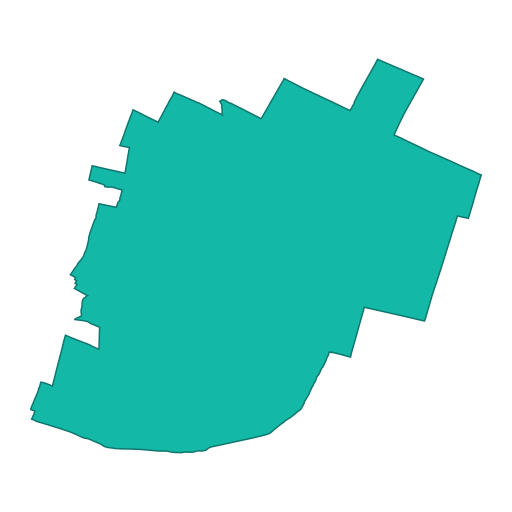 outline of Castranova, Dolj, Romania
{"feature_id": "2599482B20285682712903", "entity_name": "Castranova", "entity_type": "district", "adm_level": 2, "iso_a3": "ROU", "parent_name": "Romania", "parent_adm1": "Dolj", "projection": "equal_earth", "projection_center": [24.0, 44.125], "detail": "fine", "context": "isolated", "style": "filled", "palette": "teal", "viewbox_px": 512, "rotation_deg": 0, "n_neighbors": 0, "source": "geoboundaries", "source_scale": "gbopen_adm2", "svg_char_len": 5850}
<svg xmlns="http://www.w3.org/2000/svg" viewBox="0 0 512 512"><path d="M474.2,198.4L475.7,193.4L477.0,188.8L477.6,187.3L479.0,182.7L480.1,178.6L481.2,175.2L481.3,175.0L478.6,173.9L473.9,171.6L470.7,170.1L467.7,168.9L464.6,167.5L460.0,165.5L454.9,163.1L444.2,158.3L428.7,151.5L424.1,149.2L420.3,147.3L410.7,142.8L399.6,137.4L394.2,135.1L394.9,132.9L396.0,130.7L399.8,122.5L404.2,113.6L407.5,107.6L417.2,90.3L422.3,81.2L423.5,79.0L412.1,74.2L408.3,72.5L396.8,67.6L383.6,61.9L377.6,59.3L376.7,61.0L375.1,64.1L371.2,71.1L361.2,88.8L356.5,97.6L354.2,102.3L354.2,103.3L352.7,105.8L351.5,108.2L350.1,110.5L345.5,108.5L336.0,103.8L303.1,88.3L284.1,78.5L283.2,80.7L281.3,83.7L277.6,90.1L273.0,98.2L270.3,102.8L267.1,108.5L264.3,113.3L261.2,118.7L249.6,112.8L242.5,109.1L234.6,105.2L230.8,103.2L230.2,103.1L229.2,102.9L228.7,102.6L228.1,102.2L227.4,101.8L226.7,101.3L226.2,101.0L225.7,100.7L224.9,100.5L224.4,100.3L223.9,100.1L223.7,99.9L223.4,99.9L222.8,99.8L222.5,99.8L222.2,99.8L221.9,99.9L221.8,100.0L221.3,100.4L220.7,100.6L220.2,101.0L219.7,101.4L220.5,102.5L221.1,103.5L221.5,104.3L221.7,105.2L221.8,106.4L222.1,110.6L222.1,112.7L222.1,114.6L222.2,114.8L221.3,114.3L219.8,113.8L218.9,113.2L218.0,112.8L216.4,112.0L215.2,111.4L214.4,110.9L212.4,110.0L211.8,109.7L210.2,108.7L209.6,108.4L208.9,108.2L207.9,107.6L206.4,106.9L205.2,106.2L204.5,105.7L203.3,105.2L202.5,104.9L202.0,104.6L201.4,104.3L198.8,103.0L196.7,102.2L195.5,101.7L194.3,101.1L193.2,100.6L192.6,100.4L191.6,100.0L189.3,98.9L188.8,98.6L186.6,97.8L185.3,97.2L184.4,96.7L183.1,96.2L181.1,95.4L179.9,94.8L177.7,94.0L177.0,93.8L174.1,92.1L173.7,93.1L173.4,93.7L172.0,96.6L169.9,100.1L169.4,100.9L168.1,103.6L166.7,106.1L166.1,107.1L165.5,108.3L162.9,113.3L158.1,122.2L146.7,116.6L138.1,112.2L134.3,110.4L133.0,109.8L132.0,112.8L128.5,121.9L125.2,130.9L123.7,135.5L121.8,140.4L120.4,144.1L119.8,145.5L120.5,145.7L124.6,146.6L127.9,147.2L129.4,147.5L125.0,173.2L113.1,170.5L100.5,167.7L92.2,165.7L88.9,180.0L93.2,181.2L97.3,182.5L100.2,183.6L100.4,183.2L104.4,185.1L105.0,186.8L105.9,186.7L107.4,187.1L109.1,187.1L110.7,187.0L112.5,187.3L114.2,187.6L116.7,188.5L121.7,189.9L122.0,190.0L121.8,191.5L121.6,192.4L121.4,192.7L121.1,194.5L120.3,197.0L119.9,198.0L119.9,198.7L119.9,199.1L120.0,199.6L120.0,199.8L119.6,200.4L118.3,202.1L117.9,202.6L117.6,203.3L117.2,204.5L116.6,206.6L116.4,207.3L114.0,206.8L109.8,206.0L104.1,204.8L100.8,204.1L99.1,203.7L98.8,205.1L98.0,208.0L97.3,211.1L96.2,214.7L96.0,216.2L96.1,217.3L95.7,218.7L95.3,219.1L95.0,219.5L94.7,219.7L94.5,220.2L94.3,220.9L92.9,224.8L91.0,230.1L90.1,232.5L89.7,233.8L89.3,235.4L89.0,236.4L88.7,237.7L88.6,239.9L88.3,241.3L87.9,243.1L87.1,246.1L87.1,246.8L86.6,248.2L86.0,249.9L84.7,252.8L84.0,254.6L83.4,256.4L83.0,257.1L82.3,257.9L81.7,258.9L81.0,259.8L78.7,262.4L78.3,262.9L77.9,263.5L77.6,264.2L77.3,265.0L77.0,265.6L75.7,267.0L73.8,269.7L71.3,273.4L70.4,274.8L75.7,277.6L74.6,279.5L76.7,280.7L75.1,283.3L77.1,284.4L76.4,285.5L74.4,288.4L80.5,291.8L87.4,295.6L87.1,295.7L86.7,295.8L86.4,296.1L85.6,297.0L85.3,297.3L84.5,297.8L84.0,298.2L83.4,298.7L83.1,299.3L82.4,301.0L82.2,302.0L82.1,303.9L81.9,307.0L81.7,308.2L81.3,309.0L81.1,310.0L81.1,311.3L81.2,312.6L81.2,313.3L81.5,314.1L81.5,315.2L81.2,315.9L80.5,316.4L78.7,317.2L76.0,318.4L75.1,319.0L74.9,319.3L74.8,319.5L76.3,319.7L82.9,320.6L86.8,321.3L88.9,322.3L90.8,323.6L99.6,327.2L99.0,348.9L97.7,348.8L96.4,348.1L93.2,346.8L89.1,344.6L76.2,339.7L68.9,336.7L65.5,335.2L63.6,341.8L63.3,343.4L62.8,345.2L61.1,352.2L59.5,358.2L58.9,360.6L57.3,366.6L54.9,376.2L52.7,385.0L52.5,386.0L51.2,385.6L48.8,384.5L44.6,383.0L41.7,382.2L41.0,382.1L40.8,382.4L40.6,382.8L40.1,385.0L39.4,387.2L39.1,387.8L38.7,388.2L38.6,388.7L38.5,389.9L38.5,390.1L38.3,390.5L37.3,393.2L36.5,395.0L35.9,396.6L35.2,398.1L34.8,398.7L34.6,399.1L34.5,399.7L34.4,400.1L34.2,400.6L31.6,406.6L30.8,408.9L30.7,409.2L30.8,409.5L31.5,409.9L34.4,410.8L34.8,411.1L34.7,412.0L34.1,413.5L33.2,415.6L32.3,417.7L31.6,419.1L32.7,419.6L33.6,419.9L34.3,420.2L35.8,421.0L37.3,421.7L39.0,422.1L41.0,422.7L43.7,423.5L47.4,424.6L51.7,426.0L58.0,427.9L63.0,429.5L70.3,432.0L72.7,433.0L73.3,433.3L74.2,433.6L74.9,433.9L77.1,434.9L79.8,436.1L82.2,437.4L84.1,438.0L86.1,438.4L87.9,438.7L89.4,439.2L94.8,441.6L99.9,443.7L100.0,443.8L101.6,444.7L102.7,445.5L103.8,446.1L104.1,446.4L105.0,446.7L106.4,447.1L107.8,447.5L110.1,447.8L112.2,448.0L114.9,448.5L115.9,448.6L118.8,448.7L123.1,448.9L128.8,449.0L140.3,449.4L149.7,450.2L157.9,451.0L167.0,451.1L170.6,451.9L174.0,452.4L176.7,452.5L180.8,452.7L183.5,452.3L185.3,452.0L187.1,452.1L188.5,452.2L192.0,452.2L193.5,452.0L195.2,451.6L197.6,450.8L198.2,450.8L200.7,451.0L201.9,451.0L203.9,450.7L205.9,450.2L206.8,449.5L207.4,448.9L209.2,447.7L210.5,447.1L238.6,441.0L250.7,438.4L259.3,436.4L265.6,434.8L269.8,433.3L272.2,431.4L274.0,429.6L278.1,426.4L279.9,424.9L282.7,422.9L284.1,421.9L285.2,420.8L286.8,419.8L288.7,418.5L290.1,417.8L291.7,416.6L295.7,413.3L298.0,411.4L299.4,410.4L300.4,409.6L301.1,408.7L301.6,407.9L302.1,406.9L303.5,404.5L304.2,402.9L304.4,402.4L304.5,401.6L304.6,401.1L304.8,400.9L305.8,399.7L305.9,399.0L306.6,398.1L307.1,397.3L307.6,396.5L308.5,395.0L309.3,393.3L309.8,391.8L310.8,389.8L312.1,386.9L312.4,386.6L312.7,386.3L312.9,385.9L313.0,385.4L313.9,383.5L314.5,382.6L314.9,382.0L316.0,379.6L316.4,377.7L317.6,375.8L318.5,374.9L319.1,374.0L320.5,370.9L321.4,368.6L322.1,367.7L322.6,367.5L322.8,366.9L324.5,363.6L326.2,360.1L326.5,358.7L327.0,357.6L328.3,355.3L329.2,352.1L331.4,352.5L331.5,352.0L332.9,352.5L339.1,354.0L350.5,357.1L351.7,352.0L352.9,347.7L357.1,333.0L359.5,324.3L363.3,310.9L364.3,307.2L366.1,307.7L393.3,313.8L407.3,317.0L417.0,319.3L424.5,321.0L425.4,318.6L432.6,293.9L439.2,274.1L442.4,264.1L452.4,232.0L456.2,220.0L457.4,216.0L468.4,218.3L468.4,218.0L469.4,214.9L472.6,204.4L474.2,198.4Z" fill="#14b8a6" stroke="#0f766e" stroke-width="1.5"/></svg>